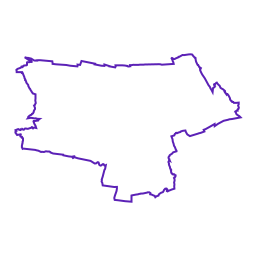 Parincea, Bacau, Romania (Equal Earth projection)
{"feature_id": "2599482B11069906328912", "entity_name": "Parincea", "entity_type": "district", "adm_level": 2, "iso_a3": "ROU", "parent_name": "Romania", "parent_adm1": "Bacau", "projection": "equal_earth", "projection_center": [27.112, 46.465], "detail": "fine", "context": "isolated", "style": "outline", "palette": "violet", "viewbox_px": 256, "rotation_deg": 0, "n_neighbors": 0, "source": "geoboundaries", "source_scale": "gbopen_adm2", "svg_char_len": 5741}
<svg xmlns="http://www.w3.org/2000/svg" viewBox="0 0 256 256"><path d="M167.6,191.4L168.6,190.8L171.8,189.5L174.4,188.7L174.2,185.9L174.4,185.1L174.4,184.1L174.1,182.5L174.6,180.6L174.5,178.9L174.0,178.0L174.6,177.5L174.5,177.3L175.3,176.7L175.5,176.3L175.6,175.3L174.1,174.6L174.1,174.4L173.2,174.5L172.6,174.3L172.7,173.9L172.1,173.6L171.8,173.2L171.5,173.1L171.1,172.2L171.1,171.4L170.9,170.7L171.1,170.5L171.2,170.1L171.2,169.9L170.9,169.6L170.8,169.2L170.5,169.1L170.2,168.6L169.8,166.5L169.3,165.7L168.9,164.2L169.0,163.4L168.4,162.0L169.1,160.5L169.3,160.4L169.8,160.7L169.5,160.0L169.4,159.3L169.0,159.2L168.5,157.8L168.7,156.9L169.4,156.2L169.5,155.5L170.1,154.9L172.0,153.7L173.2,152.3L176.5,151.3L176.5,150.6L175.8,149.5L174.9,147.1L174.0,145.7L173.6,143.8L172.8,141.6L172.5,139.2L171.4,136.3L174.3,135.4L174.7,134.3L174.9,133.9L175.9,133.4L176.0,132.9L176.8,132.8L177.4,133.1L178.5,132.5L180.4,132.0L180.6,131.6L181.2,131.3L182.9,130.8L185.4,130.5L185.8,131.8L187.0,134.0L187.4,134.5L189.9,136.1L198.1,133.6L198.8,133.3L200.6,132.9L204.4,131.5L203.7,129.8L205.6,129.1L210.1,126.6L214.6,124.0L214.7,126.1L218.2,123.7L223.6,120.8L228.3,119.7L229.3,119.3L232.1,119.0L240.6,117.4L239.4,116.2L237.3,114.9L236.6,114.3L236.3,113.9L235.6,111.7L235.3,111.6L235.5,111.3L236.6,110.9L237.2,110.5L237.3,110.7L237.6,110.7L237.5,109.6L238.2,109.2L238.1,108.9L238.8,108.0L238.8,107.4L238.5,106.7L238.1,105.5L238.7,104.3L238.7,102.6L236.0,102.9L233.9,102.9L233.3,102.0L232.2,102.0L232.0,101.8L231.6,100.9L231.0,100.8L230.1,99.5L230.0,98.5L229.8,97.9L228.5,95.4L227.4,94.0L226.9,94.0L226.6,94.6L226.2,94.1L225.8,93.2L225.1,92.7L224.8,92.1L225.1,92.1L225.0,91.0L222.9,89.2L221.7,88.6L220.5,87.8L219.6,85.7L218.5,84.8L217.1,83.2L216.8,82.6L216.4,82.7L215.1,84.1L214.7,84.0L214.3,84.1L214.1,84.5L214.3,84.7L214.1,84.8L214.1,85.0L215.0,86.1L214.6,86.5L214.5,87.2L213.2,87.9L213.1,88.2L213.0,88.3L212.6,92.1L211.3,89.6L210.4,88.3L210.2,87.5L209.6,86.5L208.6,85.3L204.8,78.3L202.2,74.5L201.2,72.6L200.1,70.1L200.1,69.7L200.4,69.3L200.6,68.6L200.9,68.1L200.5,67.8L199.9,68.0L199.8,67.4L199.4,67.0L199.1,66.9L198.2,65.0L197.7,65.0L197.3,64.3L196.1,61.7L195.7,60.0L195.5,57.9L195.2,57.7L194.9,57.9L193.4,56.1L193.1,55.9L192.3,54.6L190.9,54.3L188.8,54.4L184.1,55.1L182.5,55.0L179.8,56.5L178.8,57.0L178.5,56.9L178.4,57.1L178.4,57.3L175.5,58.5L174.7,59.0L173.9,59.1L173.2,58.9L172.6,58.2L171.9,58.0L171.6,58.3L172.3,59.7L172.9,61.6L173.3,62.2L173.7,63.9L161.8,64.7L160.4,64.3L159.1,64.2L144.8,64.5L143.4,64.7L139.7,64.7L138.1,64.9L134.5,64.9L133.4,64.8L131.6,65.1L130.0,65.1L130.2,66.2L129.7,66.2L129.5,66.4L128.2,66.5L127.2,66.1L127.2,65.9L124.6,65.5L121.8,65.3L115.5,65.3L115.7,66.4L115.2,67.4L110.2,66.5L110.3,66.4L104.4,64.5L104.4,65.9L101.3,65.7L94.7,64.4L95.0,63.7L81.5,61.0L80.1,64.9L77.6,64.6L77.7,65.1L77.4,66.4L70.1,65.7L66.3,65.0L56.0,64.3L52.6,63.9L52.6,63.2L52.3,61.3L40.1,60.2L38.1,60.2L36.8,60.3L36.9,60.6L34.9,60.6L34.0,60.4L31.2,58.6L28.2,57.9L26.8,57.9L25.8,57.5L24.7,57.3L28.9,60.1L31.1,60.7L31.7,61.8L31.3,62.0L30.1,61.9L29.4,62.2L27.2,62.2L27.0,62.5L27.0,64.9L26.5,65.3L24.0,65.5L23.8,65.6L23.5,66.1L21.9,66.5L22.2,67.2L20.7,67.5L20.3,67.9L17.5,68.9L17.2,69.1L17.0,69.5L16.4,69.9L16.7,71.8L16.7,72.1L22.2,72.1L22.5,72.7L21.9,72.8L21.9,73.1L22.8,73.4L24.4,77.2L24.5,78.1L25.4,79.6L25.4,79.8L25.1,79.9L25.1,80.2L25.9,80.9L26.2,81.8L26.3,82.6L28.2,85.0L28.4,86.3L29.0,87.3L29.6,88.6L29.9,88.7L30.1,88.9L30.7,90.3L31.4,91.2L31.8,92.0L32.4,92.7L32.7,93.4L35.5,94.3L35.5,98.7L35.3,100.5L35.7,102.7L35.7,103.3L35.2,104.0L34.6,105.5L34.1,105.6L35.0,107.9L35.0,109.0L34.4,109.9L34.0,110.6L33.7,111.4L33.8,111.8L33.7,112.0L33.0,113.4L32.0,113.8L31.9,114.3L31.2,114.9L30.6,115.0L30.1,115.4L29.6,115.6L28.3,116.8L28.2,117.0L28.3,117.6L27.8,118.3L31.0,117.8L34.5,118.4L35.8,118.3L37.1,118.8L39.6,118.9L38.5,119.7L38.2,120.5L34.8,121.0L33.7,121.0L33.5,121.3L33.6,121.8L34.5,124.1L35.4,125.5L36.2,128.0L34.8,127.7L34.0,127.7L33.6,127.8L33.0,128.4L32.7,128.1L32.2,127.2L31.8,127.1L31.0,127.9L30.7,128.0L30.0,128.1L28.0,128.8L27.1,128.8L26.5,128.6L25.1,128.5L24.4,129.1L24.0,129.6L23.5,129.7L22.2,128.9L22.0,129.3L21.8,129.5L20.6,129.3L20.3,130.0L19.2,129.8L18.4,129.1L18.1,129.1L15.6,130.1L16.2,131.0L15.6,131.2L15.6,131.7L15.4,132.0L15.4,132.3L15.6,133.0L16.0,133.2L16.4,133.7L16.4,134.1L17.1,135.0L20.7,134.3L20.8,134.5L20.3,136.0L20.4,136.4L21.2,136.7L21.6,137.5L22.1,137.2L22.2,137.5L22.7,137.9L23.0,138.5L23.0,140.9L22.6,141.4L22.6,142.9L22.3,143.3L22.4,143.8L21.9,145.3L22.0,146.1L21.8,147.0L22.6,148.8L23.0,148.6L24.2,148.7L35.2,149.9L36.5,150.3L38.4,150.7L41.1,152.0L41.8,151.8L44.0,152.0L45.9,151.3L47.4,151.5L49.3,151.5L50.4,152.1L50.5,152.5L53.1,153.5L63.2,154.7L63.3,155.3L68.7,156.4L72.4,156.8L72.4,157.2L73.0,158.0L73.5,157.7L73.4,156.4L74.3,156.3L74.4,156.8L75.3,157.5L77.9,158.3L90.6,160.9L94.7,163.5L96.0,163.4L97.6,162.2L98.0,162.2L98.6,162.5L99.2,164.7L99.7,165.2L100.5,165.6L101.3,165.4L102.7,164.2L103.0,164.1L103.3,164.1L103.8,164.4L104.1,165.1L104.6,165.6L104.9,165.6L105.8,165.2L105.1,168.9L104.4,170.0L102.7,176.6L101.7,179.6L101.9,180.0L101.6,181.6L102.3,182.9L102.7,185.4L114.2,187.0L116.9,186.9L116.9,188.7L116.5,191.1L114.9,195.7L114.3,197.8L114.3,198.2L114.7,199.9L117.6,200.2L125.2,201.2L131.5,201.7L131.5,195.5L131.8,195.4L135.9,194.6L138.1,194.3L139.2,193.9L140.3,193.8L140.6,193.6L143.0,193.5L147.1,192.6L147.7,192.3L149.3,192.3L150.4,193.1L150.2,194.3L151.7,194.6L153.8,195.6L154.6,195.8L155.3,197.2L156.4,196.3L157.3,196.0L157.8,195.7L158.4,195.7L158.5,195.5L159.0,194.3L159.4,193.9L161.0,192.8L162.9,192.1L163.5,191.2L164.0,190.0L165.2,188.7L166.2,188.5L166.5,188.6L166.6,189.3L167.2,189.3L167.4,189.6L167.4,190.0L167.1,190.2L167.0,190.5L166.9,191.1L167.6,191.4Z" fill="none" stroke="#5b21b6" stroke-width="2"/></svg>